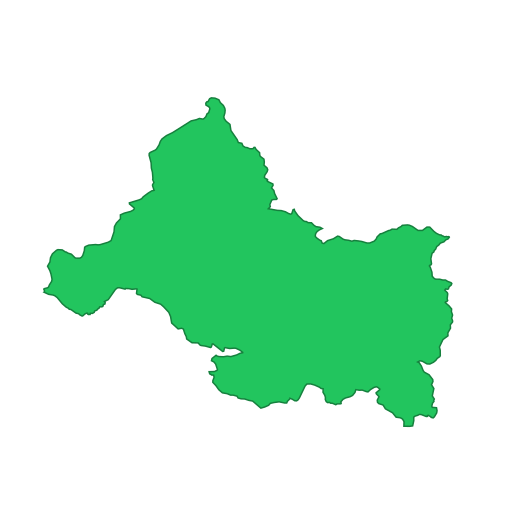 outline of Ky Son, Nghệ An, Vietnam, rotated 99°
{"feature_id": "81297802B2701886719052", "entity_name": "Ky Son", "entity_type": "district", "adm_level": 2, "iso_a3": "VNM", "parent_name": "Vietnam", "parent_adm1": "Nghệ An", "projection": "equal_earth", "projection_center": [104.217, 19.409], "detail": "fine", "context": "isolated", "style": "filled", "palette": "green", "viewbox_px": 512, "rotation_deg": 99, "n_neighbors": 0, "source": "geoboundaries", "source_scale": "gbopen_adm2", "svg_char_len": 6048}
<svg xmlns="http://www.w3.org/2000/svg" viewBox="0 0 512 512"><g transform="rotate(99 256 256)"><path d="M401.0,83.3L400.2,77.6L399.3,74.7L393.9,74.4L390.5,75.0L389.2,73.8L388.0,71.2L387.3,70.5L386.8,69.4L386.8,67.7L387.9,62.7L387.6,61.6L386.8,61.8L386.4,60.8L387.5,58.1L388.0,57.8L388.2,55.7L387.0,54.7L382.8,53.0L380.4,53.0L377.6,54.0L377.9,58.2L376.8,58.9L373.7,58.6L371.8,57.5L370.6,57.9L369.4,57.5L366.6,60.0L359.1,59.6L355.7,62.5L352.3,61.6L350.4,62.1L346.2,66.5L344.4,71.6L343.0,73.0L338.9,75.4L335.8,78.2L335.4,79.7L334.0,77.9L333.8,76.9L334.0,75.0L335.8,70.3L335.5,67.4L333.2,64.1L331.0,62.1L328.8,61.0L326.6,58.7L325.6,58.4L320.3,59.3L317.2,60.6L309.3,58.3L304.8,53.9L301.9,54.5L296.9,52.6L293.6,53.3L290.6,51.6L289.5,51.6L286.8,53.0L283.6,52.6L280.4,54.3L277.7,54.5L275.0,57.6L272.4,61.8L271.7,61.7L271.0,60.3L270.0,59.7L268.4,60.5L263.4,60.7L262.3,61.3L260.2,64.2L258.9,63.6L258.9,61.7L258.4,60.8L256.3,60.5L254.1,58.6L252.5,58.3L251.8,59.2L251.1,62.7L250.1,65.0L250.5,67.8L250.2,70.8L250.8,75.1L250.1,76.8L248.4,78.8L244.5,79.7L239.7,82.2L238.7,83.2L238.0,82.9L237.4,81.8L236.3,81.4L231.3,82.9L225.7,82.5L224.2,81.0L222.7,80.8L221.3,79.7L218.4,79.0L216.6,77.2L214.5,76.0L212.6,72.6L210.4,71.1L209.0,68.9L207.2,68.0L206.8,68.3L206.7,68.9L207.1,69.9L206.9,70.8L207.6,72.9L207.1,73.9L206.9,75.4L206.3,76.3L206.4,78.1L205.4,81.3L203.9,84.1L200.3,88.9L200.7,91.7L204.7,95.6L205.4,100.0L202.4,106.1L201.6,109.3L201.6,111.2L202.8,116.3L204.2,117.3L205.9,119.7L207.6,121.0L208.2,125.9L209.6,127.5L210.1,129.0L214.1,135.1L214.7,136.8L218.2,139.4L220.3,139.9L222.8,141.5L225.4,145.8L225.8,148.5L225.1,153.8L225.1,157.3L225.3,161.5L226.4,163.6L226.0,166.8L226.1,170.8L225.7,172.7L223.7,176.8L223.6,178.5L226.9,182.3L229.6,187.7L233.1,190.9L232.9,192.7L230.7,194.0L230.4,195.5L228.7,198.8L227.5,200.4L226.8,200.6L224.6,200.6L222.3,199.5L220.3,197.5L218.5,194.8L217.6,197.2L217.6,201.4L216.6,203.6L214.5,206.4L214.9,209.9L214.1,211.5L214.2,213.3L213.7,214.9L209.6,220.8L205.5,224.8L203.9,225.5L204.4,226.6L208.5,227.3L209.3,228.3L208.9,230.6L207.7,233.9L207.2,238.2L207.6,242.1L207.4,251.2L205.0,249.6L203.1,250.4L198.3,249.2L197.5,247.7L196.9,244.6L196.1,244.1L191.4,247.4L188.5,248.6L186.4,251.3L183.5,250.2L182.2,250.6L180.5,256.4L179.6,256.9L179.0,256.4L178.5,256.9L177.9,259.0L177.1,260.0L175.0,260.0L171.0,258.2L169.0,257.9L167.2,258.9L165.1,262.3L161.8,262.5L159.1,263.3L157.0,267.2L156.0,268.0L153.4,268.6L150.7,272.6L148.9,274.0L149.0,274.9L150.4,275.7L150.8,277.2L151.0,279.0L150.3,281.6L150.4,283.7L149.3,286.1L146.9,287.6L146.7,291.2L144.0,292.8L136.0,300.4L130.1,302.3L127.6,306.6L125.3,308.9L123.4,309.6L119.6,309.1L116.8,309.3L115.0,309.9L112.4,311.8L110.1,315.2L107.5,317.1L106.5,321.2L106.8,324.9L107.9,326.4L111.1,327.6L111.4,328.7L112.9,329.5L114.8,329.0L115.9,326.1L117.0,324.9L117.9,324.6L121.9,325.2L123.2,326.6L126.2,327.3L128.3,328.8L129.1,329.8L129.0,333.4L130.7,336.2L132.7,341.2L147.2,357.7L151.1,363.3L155.0,367.1L157.7,368.4L161.4,369.1L165.9,371.0L167.1,372.0L170.2,376.6L171.4,377.5L173.3,377.3L180.3,374.2L185.5,373.1L189.5,371.4L195.3,370.0L196.7,370.0L199.4,368.3L201.7,369.3L202.7,369.2L207.1,366.9L208.0,369.2L210.8,372.4L215.1,376.6L217.3,377.9L218.7,379.9L223.3,389.4L224.4,389.1L227.6,383.8L228.5,383.6L229.8,384.4L231.5,386.6L234.3,392.9L236.6,396.4L240.5,395.7L245.2,399.0L249.1,400.4L254.3,400.0L263.4,401.5L265.5,404.1L269.2,411.8L269.7,413.7L269.8,416.3L271.4,422.8L273.1,425.6L274.1,426.6L277.7,426.4L282.6,427.2L284.6,428.2L285.7,429.7L286.3,433.6L286.0,434.6L283.1,438.6L282.5,442.5L281.8,443.8L281.9,444.7L280.3,448.3L280.7,452.6L281.5,453.9L285.7,457.4L289.8,458.7L294.2,458.6L298.7,460.3L302.7,457.3L305.8,455.7L310.9,453.8L313.1,453.9L316.7,455.5L319.2,456.1L320.0,456.9L321.4,460.1L321.9,460.4L323.2,459.6L324.5,459.3L324.9,459.7L326.3,454.8L326.3,450.4L326.7,448.6L328.1,445.9L333.5,439.8L336.2,435.5L337.0,433.1L337.8,432.2L337.8,430.4L340.6,424.8L340.7,422.3L341.7,420.8L342.5,418.4L342.2,417.7L340.0,415.9L338.9,414.3L338.9,413.4L339.7,413.1L340.0,412.4L339.7,410.7L338.5,410.7L338.3,408.6L337.0,407.0L335.6,406.8L334.4,404.7L333.2,404.1L332.2,402.9L330.7,402.5L330.3,400.3L329.8,399.4L327.8,399.1L327.0,397.7L325.5,397.7L324.7,398.6L322.2,395.1L311.0,389.6L309.0,387.7L308.7,385.7L309.2,380.1L308.5,379.8L308.1,376.4L308.3,373.2L307.2,369.2L307.3,368.3L311.6,368.2L312.5,367.2L312.7,363.6L314.1,362.1L314.6,354.3L317.5,348.7L318.5,342.6L320.6,339.3L325.3,333.3L329.2,330.9L335.4,328.8L340.2,321.5L339.0,318.2L339.5,316.3L343.9,314.1L346.6,312.2L348.8,311.5L351.7,305.7L350.9,299.6L352.8,297.2L353.0,296.2L352.9,292.0L353.5,286.6L352.9,285.9L349.7,285.4L349.5,284.7L355.5,274.0L355.1,273.0L351.7,272.7L351.3,272.2L351.5,267.6L350.4,263.0L350.3,261.4L351.6,257.0L353.2,254.1L353.6,254.0L354.7,256.7L356.7,259.5L359.3,265.1L359.4,268.8L360.6,272.3L361.1,276.6L361.0,278.6L360.3,279.9L364.1,283.4L366.4,283.6L367.2,281.0L369.1,278.9L374.2,276.3L375.0,276.6L376.6,278.9L377.6,284.2L378.9,283.7L379.9,282.9L380.1,281.6L380.5,281.3L380.3,279.2L382.4,278.4L385.8,279.1L387.5,278.9L390.3,275.3L393.9,271.8L396.4,267.8L396.5,262.9L397.4,259.3L397.0,256.8L397.4,252.8L399.0,251.5L399.4,248.5L399.0,244.8L399.7,240.4L399.8,236.6L405.5,227.4L403.8,223.8L401.5,220.2L399.3,218.8L397.9,215.3L396.4,210.3L396.7,204.6L396.4,202.7L394.5,202.2L391.8,200.2L391.2,200.2L391.9,197.4L392.9,195.1L392.7,193.2L391.4,191.9L389.2,190.9L376.8,187.2L374.5,185.7L373.8,182.0L374.3,177.9L375.7,172.7L376.7,170.9L376.6,168.9L380.1,168.5L382.9,166.2L384.9,165.3L386.9,165.1L388.8,163.9L389.6,162.4L389.1,160.2L389.7,159.5L389.5,157.5L390.4,153.9L389.4,152.8L388.7,149.1L388.1,148.8L386.8,149.4L384.0,147.7L382.2,145.4L380.3,141.1L378.6,138.8L375.3,136.9L372.4,136.5L372.4,132.9L371.8,130.1L372.7,125.8L372.7,124.1L370.0,122.0L367.3,118.8L366.3,116.6L366.8,115.0L368.0,112.9L368.7,112.9L372.3,116.0L373.2,115.7L375.7,112.5L379.4,113.7L381.5,113.1L382.6,111.6L383.2,107.6L383.6,106.9L386.7,104.3L389.5,96.6L393.3,92.4L393.2,88.1L394.1,85.8L396.4,83.9L401.0,83.3Z" fill="#22c55e" stroke="#15803d" stroke-width="1.5"/></g></svg>